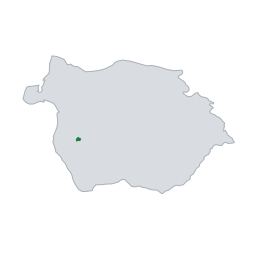 Parincea, Bacau, Romania shown in context, rotated 185°
{"feature_id": "2599482B11069906328912", "entity_name": "Parincea", "entity_type": "district", "adm_level": 2, "iso_a3": "ROU", "parent_name": "Romania", "parent_adm1": "Bacau", "projection": "equal_earth", "projection_center": [27.112, 46.465], "detail": "fine", "context": "in_parent", "style": "filled", "palette": "green", "viewbox_px": 256, "rotation_deg": 185, "n_neighbors": 0, "source": "geoboundaries", "source_scale": "gbopen_adm2", "svg_char_len": 4010}
<svg xmlns="http://www.w3.org/2000/svg" viewBox="0 0 256 256"><g transform="rotate(185 128 128)"><path d="M201.2,142.3L203.6,145.4L206.6,147.0L213.7,148.7L214.3,148.5L214.4,148.2L213.9,147.7L213.8,147.2L214.2,146.5L215.1,146.4L216.7,147.1L219.7,146.2L224.2,143.7L228.3,143.2L232.0,144.7L233.9,146.4L235.2,148.0L234.8,149.9L234.6,151.1L233.7,156.2L233.0,158.1L232.0,160.3L220.4,162.8L221.1,161.6L220.8,159.4L220.3,157.8L221.4,156.4L218.8,155.8L217.6,156.6L216.8,158.0L217.6,161.2L216.3,163.0L215.8,164.0L215.8,166.4L215.1,167.4L214.9,168.5L216.8,168.2L216.0,170.3L212.5,174.2L211.3,176.5L211.7,185.8L210.2,191.4L210.1,193.1L206.3,193.1L205.2,193.0L201.7,192.1L197.7,190.7L195.4,187.8L193.9,185.7L190.6,186.6L189.9,186.4L189.0,185.4L186.5,184.7L183.4,184.7L176.4,181.0L175.6,180.3L170.1,181.0L161.9,182.8L155.6,185.1L149.1,189.2L146.4,192.3L143.4,194.0L139.0,195.2L131.2,194.7L123.2,193.2L114.5,191.5L109.8,192.4L103.5,191.7L94.0,189.7L86.8,189.1L79.8,190.3L78.6,189.4L78.4,188.4L78.7,186.9L79.7,185.7L81.4,184.8L82.4,183.9L82.5,183.0L80.6,181.5L76.7,179.5L75.2,178.2L74.8,177.9L74.7,176.8L73.9,175.9L72.4,175.3L71.3,174.1L70.5,172.4L70.7,170.8L71.9,169.2L73.4,168.6L75.3,168.8L76.1,168.4L75.8,167.3L74.0,166.0L70.8,164.3L67.4,165.2L63.9,168.6L61.4,169.2L59.9,166.9L57.3,165.5L53.4,165.1L51.1,164.2L50.2,162.9L48.6,161.8L44.9,160.8L44.9,159.7L45.5,159.5L46.8,159.4L48.6,159.2L48.9,158.6L48.9,158.0L47.5,157.3L46.1,156.9L45.4,156.4L45.0,155.9L44.9,155.4L45.3,155.0L45.9,155.0L46.5,154.7L46.8,153.4L47.6,152.4L48.2,152.0L48.1,151.3L47.6,150.5L46.8,149.9L45.7,149.6L42.2,148.5L40.5,147.0L39.4,147.0L37.7,146.1L35.9,144.8L34.3,143.0L32.6,141.8L32.2,141.3L32.2,140.9L32.5,140.4L32.5,139.8L32.1,138.0L32.5,136.1L32.5,134.3L32.5,133.5L32.2,133.3L31.8,133.6L31.4,133.9L31.0,134.0L29.7,132.7L28.2,130.0L27.2,129.2L25.1,127.9L23.3,126.9L22.1,124.7L20.8,123.0L21.7,122.3L26.9,121.3L29.2,122.3L30.3,122.0L31.4,121.2L32.0,120.5L32.1,119.9L32.7,119.0L34.4,118.6L39.0,119.1L40.9,118.0L41.6,117.3L42.1,115.9L42.6,114.8L44.2,114.2L44.2,113.1L44.0,112.0L45.1,109.5L45.7,108.5L46.6,108.1L47.8,107.3L49.8,105.7L49.4,104.3L49.8,103.2L51.9,100.6L53.5,98.2L53.5,96.9L53.8,95.8L55.2,94.7L56.6,93.1L58.7,88.3L59.4,87.5L60.6,86.6L61.6,85.7L61.8,82.5L62.7,81.6L64.3,80.6L66.0,79.0L67.4,77.0L68.5,76.1L69.8,75.9L71.3,75.1L73.0,74.9L74.6,75.2L75.6,75.0L77.1,74.1L81.1,70.6L81.7,69.8L82.5,69.4L85.7,68.1L86.6,66.9L87.7,65.8L89.1,65.9L93.6,68.6L98.5,68.5L99.4,68.6L99.7,68.6L100.3,68.8L106.8,70.2L107.8,70.0L108.1,69.9L110.7,71.0L113.0,70.9L115.3,70.1L117.6,69.9L119.7,70.3L121.3,71.9L125.4,75.2L126.6,76.4L128.5,76.2L130.6,75.6L132.8,73.4L139.4,70.9L144.4,70.3L149.3,69.3L155.0,68.6L156.7,66.5L157.6,65.1L158.2,62.5L161.3,61.8L164.2,61.2L165.2,60.9L167.3,60.8L168.9,61.0L171.5,62.3L173.2,63.9L173.9,65.2L175.5,67.0L177.1,69.5L178.8,72.9L179.2,74.6L179.9,76.4L181.2,78.7L183.7,81.2L184.1,81.6L185.2,83.4L187.4,87.3L189.3,88.8L190.9,90.5L191.7,92.2L192.8,93.8L195.5,95.9L197.7,97.7L199.5,103.1L200.8,105.6L201.6,107.5L201.2,111.4L201.7,113.0L200.7,116.1L198.9,122.2L198.5,127.0L198.9,129.6L198.9,131.3L199.4,132.4L199.9,134.6L199.9,136.6L199.3,137.1L198.4,137.6L198.0,138.0L198.9,138.8L200.0,140.5L201.2,142.3Z" fill="#d9dde1" stroke="#a8b0b8" stroke-width="1"/><path d="M177.1,113.7L177.2,113.4L177.1,113.2L177.2,112.9L177.2,112.7L177.3,112.7L177.4,112.8L177.5,112.7L177.8,112.6L178.0,112.5L178.2,112.4L178.2,112.2L177.9,112.0L177.9,111.9L177.8,112.0L177.7,112.0L177.7,111.9L177.6,111.7L177.4,111.5L177.4,111.4L177.3,111.5L177.2,111.5L176.9,111.6L176.7,111.6L176.4,111.6L176.2,111.6L175.9,111.6L175.7,111.6L175.4,111.6L175.2,111.6L174.9,111.5L174.7,111.5L174.8,111.5L174.7,111.6L174.7,111.8L174.8,111.9L174.8,112.0L174.9,112.3L174.8,112.5L175.0,112.5L174.9,112.5L174.7,112.7L174.7,112.8L174.7,113.0L174.9,113.0L175.0,113.0L175.4,113.1L175.5,113.1L175.8,113.2L176.0,113.2L176.0,113.3L176.0,113.5L176.2,113.8L176.4,113.8L176.5,113.8L176.5,113.7L176.8,113.7L177.0,113.7L177.1,113.7Z" fill="#22c55e" stroke="#15803d" stroke-width="1.5"/></g></svg>